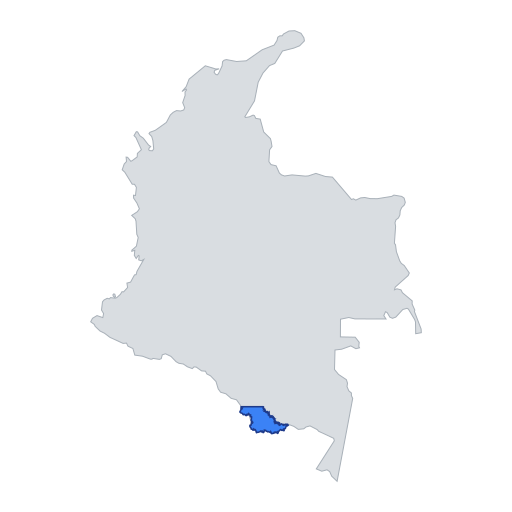 El Encanto, Amazonas, Colombia (highlighted)
{"feature_id": "7082276B15462988930410", "entity_name": "El Encanto", "entity_type": "district", "adm_level": 2, "iso_a3": "COL", "parent_name": "Colombia", "parent_adm1": "Amazonas", "projection": "orthographic", "projection_center": [-72.847, -1.998], "detail": "fine", "context": "in_parent", "style": "filled", "palette": "blue", "viewbox_px": 512, "rotation_deg": 0, "n_neighbors": 0, "source": "geoboundaries", "source_scale": "gbopen_adm2", "svg_char_len": 9185}
<svg xmlns="http://www.w3.org/2000/svg" viewBox="0 0 512 512"><path d="M299.6,45.8L293.8,48.1L282.5,51.0L274.8,63.4L269.5,65.6L263.0,73.0L258.2,82.2L254.5,100.9L244.8,116.8L245.6,117.5L249.5,116.8L253.1,115.1L254.4,115.6L255.8,118.4L260.2,119.1L263.7,132.0L270.4,138.6L271.1,141.1L272.0,146.5L269.6,149.8L268.9,161.6L271.0,164.6L276.1,165.8L279.4,173.1L281.5,174.9L284.6,176.0L292.0,174.9L305.3,176.1L308.4,175.9L315.9,173.4L325.4,176.5L332.4,177.1L351.5,199.5L353.4,198.8L355.8,200.1L360.6,197.9L364.7,197.5L370.2,198.6L377.3,198.7L391.7,196.4L393.9,195.1L401.7,196.4L404.1,198.1L405.3,202.3L404.4,204.9L401.7,207.5L400.2,210.8L399.9,214.9L398.5,217.9L396.0,219.8L395.0,222.7L395.6,226.4L394.4,243.3L395.5,244.7L396.4,251.7L399.7,260.8L401.3,263.4L404.2,265.5L409.3,273.0L408.2,275.5L395.2,287.1L394.5,289.8L397.0,288.8L401.0,289.9L402.4,292.7L412.2,300.9L412.1,304.0L414.8,310.1L414.4,311.5L421.1,329.0L421.3,332.7L415.7,333.7L415.5,322.0L414.7,319.6L408.4,309.1L407.0,308.3L402.8,309.5L395.8,317.1L392.5,318.3L389.9,317.2L387.2,312.6L385.5,311.7L383.8,315.6L386.0,319.0L354.9,318.9L348.8,317.5L340.5,319.2L340.4,336.9L355.2,337.2L359.2,342.3L358.8,346.4L359.5,347.8L355.9,348.7L350.8,345.9L341.7,349.2L335.0,350.0L334.5,369.5L338.5,374.4L346.4,379.7L347.5,383.2L347.0,386.6L348.8,390.8L351.4,393.0L351.4,395.6L352.7,398.4L337.1,481.3L331.7,476.2L329.7,471.6L327.0,469.8L321.8,471.2L316.3,468.9L334.3,440.8L333.7,438.3L318.7,431.3L317.2,429.6L310.0,425.9L306.0,427.0L303.8,428.8L298.3,429.4L293.9,426.4L288.6,424.4L282.3,429.1L280.4,429.1L275.9,431.2L271.1,431.9L264.8,429.8L259.8,431.3L256.2,431.0L254.9,429.5L250.4,427.8L249.9,425.9L251.2,422.4L249.3,415.6L248.5,414.4L245.1,414.3L241.1,411.9L240.3,410.4L241.1,407.6L240.4,405.2L236.5,399.8L231.1,398.3L225.9,393.8L220.6,392.2L218.2,388.9L216.0,381.5L210.5,375.8L206.8,373.9L205.5,371.2L201.6,370.9L196.3,367.1L194.0,366.9L192.3,368.6L187.4,366.8L183.3,364.0L178.9,363.3L176.1,361.7L171.0,356.4L165.5,353.8L162.3,354.8L161.2,358.7L159.4,359.4L153.0,358.4L151.9,359.2L150.3,359.1L142.5,356.2L134.8,355.1L132.9,348.5L128.0,346.2L126.5,343.1L123.1,343.4L110.0,337.4L104.6,333.3L100.0,331.0L95.1,326.3L94.4,324.5L90.7,321.8L92.5,318.3L97.0,315.6L102.8,317.6L103.6,313.6L101.5,310.0L102.5,301.8L104.0,300.0L107.2,298.3L109.3,298.9L110.5,297.6L115.3,298.2L116.8,297.6L120.4,294.3L122.0,291.7L123.6,291.9L127.6,287.5L126.9,283.1L130.6,282.1L134.5,274.9L136.1,274.7L137.0,271.3L143.8,259.4L141.3,260.8L138.7,259.9L139.2,255.9L138.4,255.4L136.2,258.5L134.3,255.4L134.8,250.3L131.8,251.3L131.9,250.1L136.4,246.2L138.2,237.5L136.8,234.3L136.0,221.2L135.2,218.7L131.7,215.4L137.4,211.7L139.4,208.8L136.9,203.0L133.6,198.1L133.5,195.2L135.5,195.5L136.4,187.4L134.5,184.3L132.2,184.2L124.8,172.2L122.2,169.8L124.2,164.0L126.5,161.5L126.1,157.1L127.6,157.3L130.8,161.3L132.1,160.7L137.2,156.9L137.4,153.4L141.4,149.7L135.9,137.5L134.0,135.6L136.3,131.7L137.6,131.9L139.8,135.7L143.3,138.2L148.5,145.0L150.7,146.5L149.1,148.1L148.7,149.7L149.5,150.6L152.4,150.8L153.7,148.9L152.9,140.6L151.7,136.5L149.0,133.6L149.9,132.3L155.3,130.3L166.4,122.4L170.3,115.0L173.2,112.3L176.5,110.6L180.6,111.0L183.7,110.0L184.7,107.7L182.7,102.6L185.1,95.5L185.0,92.0L186.6,89.9L186.0,89.0L182.0,91.5L186.2,86.6L189.1,79.1L205.3,65.8L215.8,69.0L219.1,68.8L214.7,70.4L214.1,72.3L215.6,74.3L217.2,74.9L218.5,73.6L222.1,65.9L222.6,61.6L224.1,60.2L226.4,59.6L236.6,61.5L246.3,60.8L262.1,49.8L274.1,45.1L277.0,40.5L277.8,37.2L279.9,35.8L282.2,35.8L283.5,34.0L289.0,31.0L294.8,30.7L301.0,33.3L303.9,37.8L304.4,40.9L299.6,45.8ZM115.5,296.7L114.7,297.3L113.3,296.2L112.9,294.9L113.7,293.9L114.8,294.2L115.5,296.7Z" fill="#d9dde1" stroke="#a8b0b8" stroke-width="1"/><path d="M241.2,406.7L241.1,406.9L241.1,407.1L241.5,407.2L241.6,407.4L241.4,407.7L241.0,408.1L241.0,408.4L241.6,408.8L241.8,408.7L242.1,408.6L241.9,409.1L241.4,409.4L240.7,410.0L240.5,410.4L240.5,411.1L239.9,411.7L239.9,412.0L240.1,412.3L240.8,412.9L241.6,413.1L242.3,413.4L242.7,413.8L242.8,414.4L242.6,414.3L242.9,414.5L243.7,414.5L244.1,414.3L244.3,414.3L244.9,414.8L245.5,414.9L245.7,415.1L245.7,415.4L246.0,415.6L246.3,415.6L246.5,415.5L246.5,415.2L246.3,414.8L246.9,414.3L247.3,414.4L247.8,414.3L248.0,414.5L247.8,414.6L247.8,414.4L247.8,414.6L247.6,414.7L247.6,414.9L247.7,415.0L248.3,414.8L248.5,414.5L248.4,413.6L248.6,413.4L248.9,413.7L249.3,414.5L249.6,415.0L250.0,414.9L250.6,414.9L250.6,415.7L250.3,416.2L250.4,416.4L250.8,416.8L251.6,416.8L251.7,417.1L251.6,417.3L251.3,417.8L251.5,418.4L251.4,419.5L251.1,419.8L251.1,420.0L251.3,420.7L251.5,420.9L251.9,421.0L252.1,421.3L251.6,422.0L251.5,422.3L251.8,422.5L252.7,422.5L252.5,423.1L251.6,423.5L251.4,423.7L251.2,424.8L251.0,425.2L250.6,425.3L250.1,425.2L250.0,425.3L249.9,425.6L250.0,425.8L249.9,426.3L250.3,427.2L251.2,428.3L251.2,429.0L251.3,429.2L252.0,429.2L252.6,429.6L252.8,430.1L253.1,430.2L253.4,430.1L253.5,429.9L253.6,429.2L253.7,429.3L254.1,429.3L254.2,429.8L254.6,430.1L254.9,430.1L255.1,429.6L255.3,429.6L255.4,429.8L255.4,430.1L255.8,430.5L255.9,431.2L256.4,431.6L256.5,432.0L256.3,432.5L256.5,432.7L257.1,432.4L257.6,432.4L258.0,432.2L258.2,432.3L259.2,432.0L259.5,431.8L260.3,431.4L260.5,431.0L260.8,431.0L261.1,431.2L261.2,431.8L261.4,431.9L261.8,431.9L262.0,431.7L262.0,431.1L262.7,431.1L262.8,431.3L262.7,431.6L263.0,432.0L263.0,432.5L263.3,432.6L263.8,432.3L263.9,431.8L264.0,431.4L264.6,430.9L264.6,430.5L264.5,430.1L265.6,430.3L265.8,430.4L266.1,431.0L266.4,431.3L267.1,431.3L267.4,431.5L267.6,431.8L267.8,431.9L268.0,431.9L268.3,431.6L268.5,431.7L268.9,431.7L269.3,431.9L269.8,432.3L270.1,432.3L270.5,432.0L270.7,431.6L271.0,432.2L270.8,432.4L271.0,433.1L271.5,433.2L271.6,433.6L272.0,433.7L272.5,433.4L272.9,433.4L273.4,433.2L273.8,433.3L274.1,433.0L274.1,432.6L274.7,432.8L274.9,432.8L275.0,432.5L274.8,432.1L275.0,432.0L275.3,432.0L275.7,432.5L275.8,432.5L276.3,432.5L276.8,432.1L276.8,432.3L277.1,432.4L277.3,432.6L277.3,433.3L277.6,433.4L278.0,433.1L278.2,432.7L278.3,432.2L278.3,431.8L278.4,431.5L278.6,431.3L279.3,430.9L280.2,429.8L280.6,429.5L281.1,429.7L281.3,430.1L281.5,430.3L282.2,430.4L282.7,430.3L283.0,430.0L283.1,430.3L283.1,430.2L283.7,430.7L284.1,430.6L284.2,430.2L283.7,429.2L283.9,428.8L284.0,428.7L284.7,428.9L285.1,428.7L285.6,428.0L285.7,427.3L286.0,426.8L286.4,425.6L286.9,425.6L287.3,425.9L287.6,425.7L287.6,425.4L288.2,425.2L287.9,424.7L287.7,425.0L287.5,424.5L287.2,424.3L286.8,424.7L286.6,424.5L286.4,424.6L286.2,424.4L286.1,424.8L285.9,425.0L285.7,424.9L285.6,424.6L285.5,424.4L285.1,424.4L284.6,424.5L284.4,424.8L283.9,424.7L283.7,424.7L283.7,424.8L283.9,424.7L284.0,424.8L284.1,425.1L283.8,425.3L283.4,425.3L283.0,425.1L283.0,424.6L282.8,424.7L282.6,424.4L281.6,423.9L281.3,423.9L281.1,424.1L280.6,424.3L280.6,424.5L280.2,424.8L280.1,425.0L279.8,425.1L279.4,425.3L279.0,425.0L278.8,424.4L279.0,424.3L279.3,424.7L279.6,424.4L279.3,424.1L279.6,423.8L279.6,423.0L279.4,422.8L279.0,422.6L278.7,422.6L278.9,422.8L279.0,423.0L278.9,423.1L278.7,422.9L278.8,423.7L278.7,423.8L278.5,423.4L278.3,423.3L278.3,423.7L278.1,423.7L278.1,423.4L278.0,423.2L277.8,423.6L277.4,423.6L277.2,423.3L277.5,423.3L277.5,423.2L277.3,422.8L277.0,423.0L276.9,422.7L276.7,422.8L276.5,422.7L276.6,422.9L276.4,422.9L276.3,423.1L275.9,423.2L276.0,422.9L276.2,422.7L276.1,422.3L275.9,422.4L275.7,422.7L275.6,422.4L275.2,422.7L275.3,422.3L275.0,422.3L275.1,422.2L275.1,421.8L275.4,421.7L275.1,421.6L275.6,421.4L275.5,421.0L275.2,420.9L275.2,421.0L275.4,421.2L275.2,421.2L275.1,421.4L274.5,420.9L274.9,420.3L274.8,419.7L274.7,419.4L274.7,419.7L274.6,419.8L274.6,419.6L274.4,419.5L274.3,419.8L274.0,419.6L274.1,419.3L274.3,419.1L274.7,418.9L274.2,418.7L274.3,418.5L274.1,418.4L274.1,417.8L273.9,417.6L273.9,417.9L273.7,418.0L273.6,417.7L273.3,417.7L272.8,417.5L272.7,417.7L272.4,417.5L272.5,417.3L272.3,417.4L272.0,417.0L272.1,416.6L271.9,416.5L271.6,416.6L271.9,416.8L271.9,417.0L271.7,417.1L271.4,417.1L271.4,416.8L271.1,416.9L271.3,416.6L271.1,416.7L271.3,416.2L271.0,416.1L270.9,416.3L270.7,416.4L270.9,416.0L270.4,416.1L270.4,415.9L270.2,415.9L270.1,416.1L269.9,416.2L269.5,416.0L269.6,415.7L269.7,415.4L269.5,415.1L269.5,414.8L269.4,414.5L269.3,414.8L269.4,415.0L269.2,414.9L269.0,415.1L269.3,415.3L269.0,415.3L268.9,415.0L268.7,415.0L268.8,414.8L268.5,414.6L268.4,414.5L268.5,414.2L268.3,414.3L268.2,414.1L268.2,413.9L268.4,413.9L268.3,413.4L268.5,413.5L268.6,413.3L268.6,413.5L268.8,413.4L269.1,413.0L269.1,412.8L268.9,413.1L268.4,412.9L268.6,412.9L268.7,412.3L268.4,412.4L268.5,412.7L268.1,412.4L267.9,412.7L267.6,411.6L267.3,411.5L267.2,411.6L267.5,411.9L267.2,411.9L267.5,412.4L267.3,412.6L266.9,412.2L266.7,412.0L266.5,412.4L266.4,412.3L266.0,412.3L266.0,412.1L266.0,411.9L265.9,412.1L266.0,411.8L265.9,411.6L265.6,411.6L264.8,411.4L265.3,411.0L265.4,410.8L265.2,410.4L264.5,410.8L264.3,410.8L264.4,410.6L264.6,410.7L264.3,409.7L264.6,409.7L264.8,409.3L264.3,409.1L264.1,408.6L264.1,409.1L263.9,409.2L264.0,409.0L263.7,408.9L263.9,408.9L263.9,408.7L263.7,408.7L263.5,408.9L263.6,408.7L263.2,408.5L263.2,408.1L263.2,407.9L263.2,407.7L263.1,407.4L263.1,407.1L263.5,407.3L263.5,407.2L263.3,407.1L263.5,406.9L263.7,407.0L263.6,406.9L263.1,406.7L241.2,406.7Z" fill="#3b82f6" stroke="#1e3a8a" stroke-width="1.5"/></svg>